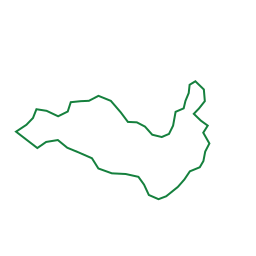 Jandira, São Paulo, Brazil (Natural Earth projection), rotated 314°
{"feature_id": "56859067B1128706111165", "entity_name": "Jandira", "entity_type": "district", "adm_level": 2, "iso_a3": "BRA", "parent_name": "Brazil", "parent_adm1": "São Paulo", "projection": "natural_earth1", "projection_center": [-46.897, -23.541], "detail": "fine", "context": "isolated", "style": "outline", "palette": "green", "viewbox_px": 256, "rotation_deg": 314, "n_neighbors": 0, "source": "geoboundaries", "source_scale": "gbopen_adm2", "svg_char_len": 799}
<svg xmlns="http://www.w3.org/2000/svg" viewBox="0 0 256 256"><g transform="rotate(314 128 128)"><path d="M47.6,50.0L49.1,63.5L50.6,76.7L61.1,78.8L70.6,85.9L71.6,98.0L75.8,108.6L81.2,123.1L78.3,134.8L84.2,147.9L93.3,158.3L100.1,169.4L98.4,178.9L94.3,189.5L98.0,199.4L105.4,202.9L120.4,204.8L130.2,204.3L139.8,202.6L149.6,206.9L156.6,205.2L164.7,199.9L173.4,197.3L176.9,185.4L185.1,183.7L183.9,175.3L183.9,165.5L191.3,165.5L200.7,164.6L208.4,155.8L208.4,144.0L201.9,142.3L195.3,147.4L187.4,150.5L180.8,154.4L172.7,151.0L161.0,158.8L152.2,161.6L144.9,158.5L140.0,150.1L140.8,139.2L138.2,130.4L132.3,123.7L134.2,112.0L135.6,96.8L130.6,84.4L120.4,81.0L114.5,75.4L106.8,68.9L98.0,73.2L87.9,69.6L83.8,57.5L77.9,49.1L69.2,52.7L59.7,52.7L47.6,50.0Z" fill="none" stroke="#15803d" stroke-width="2"/></g></svg>